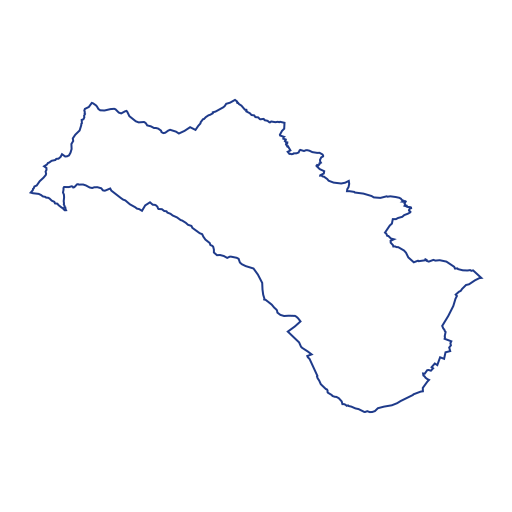 Stremt, Alba, Romania
{"feature_id": "2599482B49983033782323", "entity_name": "Stremt", "entity_type": "district", "adm_level": 2, "iso_a3": "ROU", "parent_name": "Romania", "parent_adm1": "Alba", "projection": "equal_earth", "projection_center": [23.586, 46.252], "detail": "fine", "context": "isolated", "style": "outline", "palette": "blue", "viewbox_px": 512, "rotation_deg": 0, "n_neighbors": 0, "source": "geoboundaries", "source_scale": "gbopen_adm2", "svg_char_len": 6028}
<svg xmlns="http://www.w3.org/2000/svg" viewBox="0 0 512 512"><path d="M481.3,277.9L473.1,270.4L471.3,270.8L470.1,270.1L467.6,270.5L462.8,270.3L458.0,269.1L457.4,268.4L455.0,268.6L454.2,266.8L446.4,261.6L439.7,260.2L435.4,260.6L433.4,259.9L428.8,261.6L426.8,260.9L426.7,260.0L425.4,259.3L425.0,260.3L418.7,261.2L418.0,260.7L413.8,262.3L408.3,257.4L406.0,252.7L404.0,250.5L398.3,247.2L396.5,247.1L395.0,246.4L393.3,246.5L393.0,245.2L390.7,242.7L390.6,240.8L393.9,239.3L390.9,238.5L388.4,236.0L387.2,235.8L386.3,233.7L385.0,232.6L389.8,225.5L391.9,223.6L392.8,219.1L396.0,219.1L398.0,218.0L402.3,216.8L404.2,215.1L407.9,213.7L410.3,212.3L410.4,211.7L409.0,210.6L409.2,209.5L409.9,208.6L411.1,208.2L411.0,207.5L410.0,207.1L407.2,206.9L406.8,205.9L405.9,206.2L404.6,205.8L405.4,204.8L404.5,203.6L405.7,201.5L404.8,201.0L403.4,201.8L402.6,201.7L403.1,201.4L402.9,200.4L401.9,200.0L400.9,198.7L399.3,197.8L395.6,197.0L390.3,196.3L387.5,196.7L386.7,196.3L380.4,197.9L373.8,197.4L371.5,196.0L363.4,193.6L354.8,192.5L354.2,191.9L349.6,191.2L347.0,191.2L347.3,189.1L348.5,187.2L349.2,183.9L348.8,180.9L345.2,182.7L341.2,183.5L333.6,182.6L328.6,180.7L327.3,179.1L324.0,176.7L322.5,176.4L321.6,175.5L320.2,175.6L320.3,175.2L323.8,173.5L324.2,171.2L319.7,169.1L316.8,166.3L317.0,166.1L316.6,165.5L316.9,165.2L317.2,165.6L317.6,165.3L318.0,165.8L319.5,164.2L319.4,163.4L320.9,162.7L320.2,161.6L320.0,159.9L321.2,157.4L323.1,156.4L323.1,155.4L322.4,154.4L319.5,152.8L317.3,152.9L312.3,152.1L309.4,150.7L307.3,150.2L306.0,150.2L304.0,151.0L300.2,149.9L299.6,150.4L298.6,152.5L296.5,153.3L293.6,153.4L292.9,154.0L291.5,154.2L290.3,153.8L289.4,153.9L287.7,151.8L290.4,150.4L288.0,146.3L287.4,146.6L286.0,144.3L286.3,143.8L286.2,143.2L287.2,143.4L287.3,142.4L286.1,142.2L284.9,141.1L285.9,139.8L285.8,139.5L283.3,138.7L283.5,137.1L283.9,136.8L280.1,135.5L279.9,134.7L282.0,130.9L284.2,128.7L284.5,122.8L280.1,121.8L279.2,122.2L277.8,121.8L275.4,122.2L271.2,121.5L270.2,122.3L269.4,122.3L267.5,120.8L264.6,120.2L264.1,119.3L263.5,118.9L260.4,119.3L259.8,119.1L258.2,117.4L255.4,117.1L254.2,115.4L251.5,115.0L249.8,113.2L246.3,111.4L246.6,110.3L246.4,109.8L244.9,109.7L241.4,105.6L239.0,104.1L238.2,103.0L237.4,103.0L237.1,102.7L237.2,101.6L235.0,99.9L230.0,102.7L226.2,103.8L224.7,106.1L223.3,107.3L215.5,111.6L212.8,112.3L212.8,113.3L210.1,114.8L208.5,115.3L205.7,117.2L204.0,119.0L203.0,119.2L200.7,122.2L200.4,123.5L198.3,125.8L195.5,129.9L190.1,127.2L184.5,130.9L178.9,133.5L175.9,131.6L170.1,129.8L168.2,130.6L165.3,132.7L163.6,133.1L162.9,132.9L161.5,132.1L161.0,130.6L158.2,128.6L156.0,128.0L154.0,128.0L150.8,126.3L147.2,125.4L145.9,123.3L144.5,122.2L143.9,122.0L138.7,122.4L135.8,121.3L129.4,116.2L127.3,111.9L126.5,110.9L125.1,111.3L121.2,113.4L118.8,112.6L115.5,109.3L114.2,108.8L110.5,109.1L104.5,110.5L100.2,110.3L98.4,109.0L96.9,106.4L95.9,105.3L93.0,103.3L91.8,102.9L88.8,107.0L84.9,108.9L84.7,109.4L84.3,110.6L84.8,112.0L84.6,113.6L85.0,114.0L84.1,115.7L84.3,117.4L83.4,119.3L81.7,119.9L81.9,123.2L81.4,123.7L81.2,125.4L79.6,130.5L75.3,134.7L72.8,138.4L73.2,141.0L71.4,144.0L71.6,149.0L70.5,152.7L69.0,155.4L67.1,156.3L65.2,156.5L62.0,154.2L60.6,156.9L58.5,158.7L56.7,158.8L55.9,159.2L55.4,160.0L51.6,160.8L49.3,162.5L47.8,163.1L47.1,164.4L44.1,166.3L46.4,167.9L46.5,169.8L45.6,171.6L46.1,173.8L45.7,175.1L43.4,177.8L39.7,181.2L36.7,185.5L34.4,186.5L33.7,188.4L33.0,188.9L32.8,190.2L30.7,192.6L32.8,193.2L38.7,193.9L41.2,195.1L42.8,196.4L45.3,196.9L46.1,197.6L48.3,197.8L49.6,198.6L51.8,200.7L54.3,201.8L55.0,203.4L57.4,203.7L58.5,205.1L61.8,207.7L63.1,208.2L63.5,209.2L64.9,210.3L66.0,210.2L65.6,209.4L65.3,207.4L64.6,207.1L64.5,205.8L63.8,204.4L64.0,203.4L63.7,201.2L64.1,197.3L63.9,194.6L63.0,192.5L63.5,189.8L63.5,188.0L64.1,187.0L68.8,187.1L71.7,186.3L72.6,186.6L73.2,187.5L74.3,187.2L77.1,184.3L78.1,184.2L78.9,184.6L83.0,184.5L85.8,185.4L89.7,187.5L92.2,188.0L94.2,187.3L97.4,187.2L101.3,188.3L102.8,190.3L104.3,190.7L105.2,190.6L110.2,188.5L111.3,190.6L121.1,198.2L123.1,199.6L125.3,200.4L129.9,204.3L135.3,207.3L136.9,208.6L139.2,209.1L142.0,210.8L145.2,205.4L150.0,202.3L152.7,204.7L155.0,204.9L155.9,205.3L157.4,206.7L158.0,208.4L158.5,209.0L161.9,209.2L164.2,211.0L166.5,211.3L167.4,212.6L170.5,213.8L172.7,215.5L177.0,217.4L180.7,220.1L182.1,220.5L185.8,222.8L188.0,224.8L191.4,225.9L192.4,227.9L199.7,233.2L202.2,234.2L203.3,236.6L205.4,239.6L209.7,243.0L210.4,245.0L212.4,245.9L213.2,246.8L213.9,249.6L213.9,252.5L217.0,255.2L220.0,255.0L221.9,255.5L223.8,256.0L227.2,257.9L229.7,256.7L230.8,256.6L236.7,257.8L238.6,258.8L239.9,262.5L241.8,264.2L245.7,266.1L253.5,268.5L257.9,274.6L262.2,282.9L262.5,289.6L263.2,294.7L264.4,298.7L264.2,299.5L265.7,299.9L271.8,304.7L274.1,307.5L276.6,309.8L277.1,310.9L277.4,312.6L280.4,314.9L284.1,316.0L288.8,315.7L295.0,315.9L296.5,316.8L298.1,318.3L300.5,321.4L294.8,326.5L287.8,331.6L299.1,342.4L301.0,346.7L302.2,347.9L307.8,351.5L311.6,354.4L307.3,356.0L307.8,357.2L309.6,359.0L310.1,360.1L317.4,375.9L317.0,376.4L317.6,378.2L319.2,380.6L320.8,384.2L325.9,389.1L326.6,389.2L327.2,389.8L327.6,390.8L327.5,392.0L327.9,392.7L331.7,395.0L332.5,396.0L334.9,396.8L336.4,396.9L338.8,398.2L341.7,401.4L342.4,404.1L343.9,404.1L345.4,404.7L346.7,405.8L348.0,405.4L348.6,406.0L351.3,406.6L355.4,408.4L358.6,409.1L364.2,411.9L365.0,412.0L367.3,411.2L369.8,412.1L372.2,412.0L374.9,411.1L377.9,408.2L384.1,406.6L391.8,405.3L397.1,403.2L400.7,401.0L412.9,395.0L413.5,394.3L420.7,391.6L422.9,391.3L422.8,387.9L427.3,381.7L429.0,379.9L427.5,379.2L425.5,377.7L424.6,376.4L423.4,375.5L423.1,373.5L424.7,373.7L427.2,370.2L428.6,370.0L430.9,370.7L433.1,368.3L431.6,367.2L434.8,363.5L437.3,365.1L440.1,357.3L444.1,358.8L445.5,352.3L450.2,351.1L449.2,347.5L450.9,345.4L450.4,343.2L451.3,341.3L444.6,338.8L445.0,337.1L444.7,336.3L445.6,332.0L444.8,331.0L444.3,329.6L443.3,328.5L442.2,325.9L448.3,315.9L453.3,306.0L455.5,298.7L456.9,296.0L455.7,294.6L459.0,291.7L460.7,290.9L462.1,288.9L466.0,285.0L469.0,284.3L475.0,280.3L479.4,278.1L481.3,277.9Z" fill="none" stroke="#1e3a8a" stroke-width="2"/></svg>